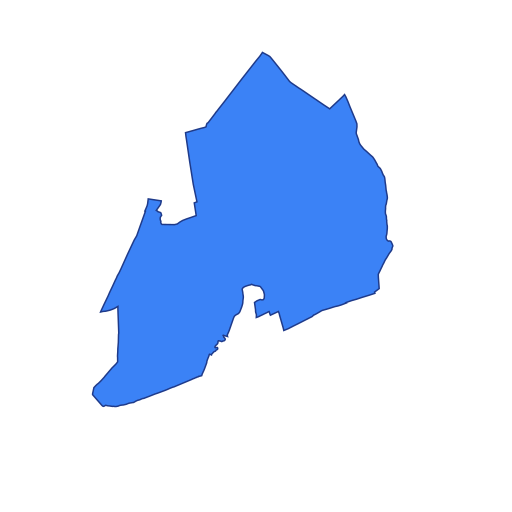 outline of Halchiu, Brasov, Romania, rotated 290°
{"feature_id": "2599482B28757811683034", "entity_name": "Halchiu", "entity_type": "district", "adm_level": 2, "iso_a3": "ROU", "parent_name": "Romania", "parent_adm1": "Brasov", "projection": "robinson", "projection_center": [25.516, 45.765], "detail": "fine", "context": "isolated", "style": "filled", "palette": "blue", "viewbox_px": 512, "rotation_deg": 290, "n_neighbors": 0, "source": "geoboundaries", "source_scale": "gbopen_adm2", "svg_char_len": 6098}
<svg xmlns="http://www.w3.org/2000/svg" viewBox="0 0 512 512"><g transform="rotate(290 256 256)"><path d="M311.9,381.2L312.4,381.1L313.7,380.0L314.8,378.9L315.5,378.2L315.9,377.5L315.9,376.7L315.8,376.3L315.7,376.0L315.5,375.7L315.3,375.5L315.3,375.1L315.5,374.4L315.9,373.5L316.4,372.9L316.9,372.5L318.1,371.9L318.9,371.6L319.7,371.5L320.5,371.5L322.2,371.2L323.6,370.8L326.7,370.0L328.7,369.3L329.1,369.1L329.5,368.9L330.4,368.3L332.9,367.1L334.1,366.7L334.4,366.6L334.9,366.2L335.2,366.0L337.2,365.2L337.9,364.9L339.2,363.9L339.7,363.4L340.6,362.9L342.4,362.2L344.7,361.6L346.0,361.1L347.8,360.6L348.2,360.6L349.5,360.6L350.0,360.5L353.2,359.9L354.7,359.8L356.0,359.4L357.2,358.8L359.0,357.8L359.9,357.2L360.9,356.7L362.3,355.8L366.9,353.6L369.6,352.1L371.3,351.3L373.1,350.4L374.2,349.7L374.7,349.2L375.1,348.6L375.7,347.8L375.9,347.6L377.4,346.2L378.5,345.3L379.8,343.9L380.6,343.0L381.0,342.3L381.6,340.8L382.0,339.9L382.6,339.3L383.7,338.4L384.4,337.5L386.7,334.9L388.0,333.2L389.0,331.7L390.1,328.8L392.0,324.3L393.3,320.8L395.9,316.4L396.9,315.1L398.1,314.0L399.0,313.3L400.0,312.7L400.6,312.3L404.1,309.4L404.6,308.9L405.5,308.3L406.1,308.0L406.9,307.8L411.9,306.7L414.7,305.6L417.0,303.7L421.8,299.3L428.3,293.3L432.5,289.6L434.8,287.4L436.1,286.2L438.0,284.0L435.6,283.0L419.5,274.9L421.1,268.2L428.0,241.1L428.6,238.3L430.2,232.1L430.9,229.4L431.6,227.7L437.9,217.8L445.9,204.7L447.5,202.0L448.2,200.7L448.6,198.8L449.5,192.4L448.9,192.3L444.8,191.2L439.2,189.2L418.1,182.3L389.7,173.3L381.5,170.6L378.9,169.8L376.9,169.0L376.4,169.0L365.8,165.7L364.7,165.3L364.2,164.8L363.8,164.6L362.5,164.6L361.2,164.7L360.4,164.9L359.9,164.5L358.8,163.1L356.6,159.8L356.2,159.4L355.8,158.7L352.6,154.3L347.8,147.6L344.2,149.4L341.5,150.9L322.0,161.4L301.8,172.6L286.7,182.0L284.8,179.8L273.5,186.0L268.8,180.2L267.3,178.3L264.3,174.9L261.8,172.8L259.2,171.1L257.6,168.7L253.5,156.9L253.9,155.9L255.1,154.9L255.9,154.8L256.2,154.7L256.7,154.1L257.4,153.6L257.8,153.4L258.8,153.0L259.5,152.9L259.9,152.9L260.6,153.0L261.8,153.4L262.0,153.4L263.7,152.1L263.9,152.0L264.2,151.2L264.1,148.7L264.2,148.4L264.5,148.1L264.7,146.7L269.4,148.0L271.3,148.5L271.9,148.6L273.7,148.4L274.1,148.4L275.4,148.1L272.8,135.2L268.0,136.3L266.0,136.5L263.2,136.4L260.2,136.2L260.2,136.8L243.8,136.9L234.2,137.0L229.3,136.1L213.9,134.7L197.7,133.5L193.5,133.1L190.1,132.5L188.6,132.4L187.7,132.4L185.3,132.1L179.0,131.6L171.5,130.9L168.0,130.7L157.9,129.7L150.9,129.1L150.2,129.1L151.0,130.3L151.7,131.4L152.7,133.6L154.8,136.8L155.3,137.5L157.0,139.5L158.1,140.7L159.0,141.5L160.6,142.8L161.4,143.5L159.1,144.3L136.6,153.4L135.1,153.7L127.7,156.2L121.6,157.9L118.6,158.9L115.5,159.8L114.3,160.2L113.2,160.7L109.2,162.2L107.3,161.6L106.5,161.3L101.6,159.0L91.4,155.2L90.3,154.9L85.9,153.1L82.5,151.5L81.1,150.6L79.5,149.8L77.8,149.1L76.9,148.7L70.4,149.6L69.8,149.9L62.9,162.3L62.5,163.4L62.5,163.7L62.5,163.9L62.7,164.4L64.3,165.8L64.6,168.3L64.9,169.2L65.6,172.6L66.1,173.7L66.2,174.5L66.6,175.8L67.0,176.5L67.3,177.0L67.7,177.7L68.9,179.0L69.5,179.9L70.2,181.3L70.6,182.2L71.7,183.9L72.3,184.8L74.0,186.7L74.6,187.6L76.3,190.6L76.5,191.1L78.0,192.3L78.9,193.1L79.7,193.9L80.3,194.7L81.1,195.9L82.4,197.2L83.2,198.1L83.7,199.0L84.0,199.5L84.5,200.0L87.6,203.6L91.7,208.2L93.6,210.6L98.7,216.6L100.9,219.0L102.2,220.3L102.9,221.1L104.4,222.8L104.8,223.5L118.2,238.0L119.0,238.6L119.4,239.3L119.8,239.6L120.0,240.0L121.2,241.0L121.3,241.4L121.8,241.7L122.2,242.3L122.7,243.0L123.0,243.0L123.3,243.3L123.2,243.4L123.4,243.7L123.6,243.9L123.8,244.2L124.0,244.4L124.3,245.0L125.0,245.9L126.8,245.8L130.2,246.1L132.6,246.2L138.8,246.2L139.9,245.9L141.0,245.8L143.0,245.8L145.8,245.9L147.6,245.8L147.8,245.9L147.9,246.7L147.8,247.9L148.1,247.8L148.6,247.9L148.9,248.0L149.2,248.3L149.5,248.4L150.1,248.5L150.8,248.9L151.6,249.2L151.9,249.4L152.3,249.9L152.5,250.2L153.0,250.5L153.7,250.6L154.0,250.8L154.5,251.3L155.0,251.6L155.6,251.8L155.8,251.7L156.4,251.5L156.8,250.9L156.5,250.2L156.2,249.8L155.9,249.1L156.0,248.9L156.2,248.6L156.7,248.5L156.9,248.5L157.7,248.6L158.1,248.7L159.1,249.3L159.7,249.5L160.1,249.8L161.0,249.9L161.4,249.9L162.9,249.5L163.1,249.5L163.5,249.7L163.6,249.9L163.7,250.2L163.7,250.7L163.7,251.1L163.9,251.8L163.9,252.1L163.8,252.6L163.8,252.9L164.0,253.3L164.6,253.8L164.8,254.0L165.3,254.9L165.7,255.2L166.2,255.5L166.6,255.6L167.2,255.6L167.7,255.3L168.0,254.8L168.3,254.4L168.6,253.8L168.7,253.5L168.8,253.3L169.6,253.0L169.7,252.9L169.9,252.6L170.3,251.7L170.6,256.8L171.3,256.3L172.2,256.0L174.7,256.2L176.9,256.3L190.2,256.1L191.3,256.2L192.3,256.4L193.2,256.9L193.9,257.4L195.8,259.1L196.7,259.5L197.7,259.8L198.6,259.9L203.4,260.0L206.4,259.8L207.5,259.6L209.4,259.0L212.6,258.3L213.9,257.8L216.2,256.5L217.3,256.0L219.8,254.5L220.2,254.3L220.7,254.4L221.5,254.6L222.2,254.9L223.5,256.0L225.1,257.9L226.2,259.4L227.2,261.0L227.8,261.3L227.9,261.9L227.8,262.7L227.9,265.5L228.3,266.7L228.6,268.8L228.8,270.0L228.7,270.5L228.5,270.9L225.9,274.8L224.7,275.7L222.6,277.1L221.7,277.4L219.0,278.2L217.5,277.8L217.1,277.3L216.7,276.3L216.6,274.9L216.5,274.7L214.3,272.3L211.8,270.5L208.8,272.1L207.1,273.0L205.2,274.0L203.9,274.5L203.1,274.9L201.9,275.8L200.9,276.5L198.3,277.3L200.0,279.3L201.3,280.5L202.9,282.1L204.5,283.6L206.5,285.6L208.0,286.9L208.3,287.3L206.0,289.1L205.3,289.8L211.5,296.0L209.6,297.7L208.7,298.2L204.0,301.6L197.4,306.4L195.5,307.6L198.7,311.1L202.8,314.9L208.6,320.4L215.7,327.0L217.9,329.1L218.7,329.7L220.2,330.3L220.2,330.5L220.3,330.6L222.5,332.6L225.0,334.7L227.1,336.4L227.7,337.1L230.0,340.3L232.0,343.0L234.5,346.2L235.6,347.7L237.1,350.1L239.3,353.0L242.7,356.9L242.9,356.4L243.3,356.8L243.7,357.3L246.8,361.1L248.6,363.6L249.9,365.4L253.4,369.8L255.2,372.2L257.6,375.4L259.0,377.2L261.6,380.5L262.6,379.7L267.5,382.9L278.0,378.2L280.5,377.2L281.4,377.2L283.1,377.4L284.7,377.6L286.0,377.7L289.9,378.1L290.7,378.1L293.3,378.5L295.7,378.7L297.0,378.9L298.5,379.3L300.6,379.7L301.2,379.8L303.9,380.3L306.6,381.1L307.2,381.3L308.1,381.4L308.6,381.5L309.1,381.3L309.8,381.2L310.8,381.1L311.9,381.2Z" fill="#3b82f6" stroke="#1e3a8a" stroke-width="1.5"/></g></svg>